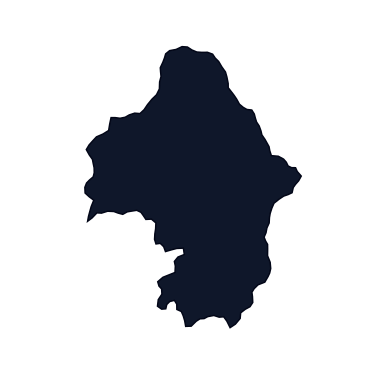 Bom Jesus da Penha, Minas Gerais, Brazil (Mercator projection), rotated 250°
{"feature_id": "56859067B40299678999449", "entity_name": "Bom Jesus da Penha", "entity_type": "district", "adm_level": 2, "iso_a3": "BRA", "parent_name": "Brazil", "parent_adm1": "Minas Gerais", "projection": "mercator", "projection_center": [-46.535, -21.01], "detail": "fine", "context": "isolated", "style": "filled", "palette": "ink", "viewbox_px": 384, "rotation_deg": 250, "n_neighbors": 0, "source": "geoboundaries", "source_scale": "gbopen_adm2", "svg_char_len": 2244}
<svg xmlns="http://www.w3.org/2000/svg" viewBox="0 0 384 384"><g transform="rotate(250 192 192)"><path d="M200.2,83.9L201.8,89.2L204.9,95.5L203.1,99.8L202.8,106.1L200.4,111.9L197.5,115.3L194.7,119.3L195.5,124.4L194.6,129.2L193.7,133.8L190.4,137.1L186.5,138.2L182.0,139.3L180.4,144.6L175.3,147.5L169.8,145.2L165.4,142.8L160.3,140.6L155.5,140.4L154.6,144.6L150.3,146.7L145.1,146.7L144.7,152.8L144.2,158.3L142.2,164.7L135.9,163.4L135.7,156.6L132.8,151.7L128.1,151.0L122.2,148.5L122.0,142.1L121.8,135.5L119.4,129.1L114.8,128.8L111.3,130.3L106.3,128.8L102.4,123.5L96.5,120.5L92.3,123.4L91.2,127.4L94.9,129.8L96.7,133.6L96.2,138.4L91.8,139.3L86.8,137.6L83.4,141.1L78.7,141.4L73.6,141.1L67.9,140.1L66.2,145.4L69.1,151.7L70.1,156.1L68.9,160.1L69.5,164.2L68.5,170.3L65.1,174.7L63.9,179.1L58.7,180.6L51.5,181.4L53.0,187.6L56.7,194.0L61.8,196.4L63.6,202.0L64.4,207.3L67.4,211.3L73.2,213.1L77.3,214.0L79.9,217.3L82.2,222.3L82.4,229.6L86.5,234.5L89.3,237.3L93.2,239.8L99.2,241.4L106.3,241.2L112.6,243.6L116.9,245.1L120.7,244.4L124.9,244.3L128.4,247.6L132.6,250.1L136.5,253.9L141.4,256.0L145.1,258.1L149.5,261.5L153.4,265.2L155.5,271.5L156.8,276.8L156.7,281.4L157.1,285.8L161.6,288.7L163.8,291.9L166.1,296.1L169.6,300.1L175.3,297.9L179.4,297.6L180.8,293.9L183.6,291.2L187.7,290.8L191.6,289.3L196.1,285.3L199.0,279.0L204.2,279.2L208.3,279.9L216.3,278.6L221.8,277.2L225.9,277.7L231.1,277.7L235.7,276.6L239.8,276.8L244.0,277.2L248.6,276.2L250.8,271.8L254.0,269.1L258.3,266.6L264.1,265.7L268.5,264.6L273.6,263.0L277.6,261.7L281.6,263.1L288.0,264.1L293.3,264.5L299.5,262.8L305.5,261.7L310.0,259.6L314.5,258.5L318.0,254.3L319.8,249.1L321.9,244.4L325.5,240.5L329.8,237.3L332.0,232.4L331.4,225.8L332.5,219.3L330.8,214.5L327.5,212.1L323.9,209.0L319.6,204.7L315.8,203.6L311.1,202.4L306.5,199.2L300.0,196.6L295.5,191.9L292.9,186.1L289.4,180.2L285.7,175.1L283.5,169.9L285.7,165.1L285.9,159.4L285.1,154.8L285.9,149.6L288.2,145.2L289.6,141.4L284.0,137.9L278.3,134.7L276.9,128.0L276.5,121.1L274.1,116.4L271.5,111.5L268.0,107.2L261.8,108.2L256.7,109.6L252.4,108.9L248.2,108.3L243.5,106.7L240.0,104.3L238.3,99.7L236.5,96.0L233.0,92.9L227.6,91.2L222.6,93.8L217.9,96.9L212.8,92.3L208.5,89.2L204.5,86.4L200.2,83.9Z" fill="#0f172a" stroke="#020617" stroke-width="1.5"/></g></svg>